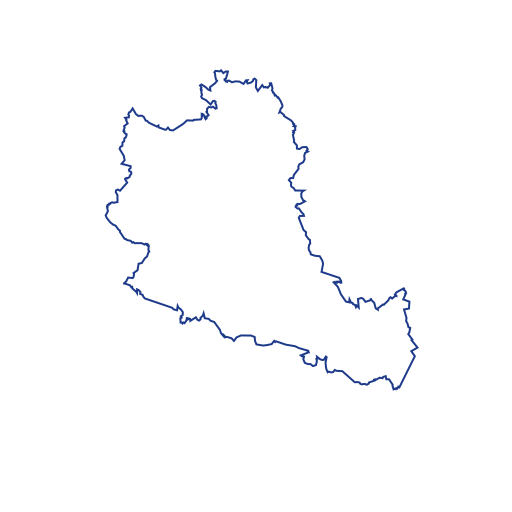 Lagos de Moreno, Jalisco, Mexico, rotated 141°
{"feature_id": "50627088B99868081318499", "entity_name": "Lagos de Moreno", "entity_type": "district", "adm_level": 2, "iso_a3": "MEX", "parent_name": "Mexico", "parent_adm1": "Jalisco", "projection": "equal_earth", "projection_center": [-101.918, 21.533], "detail": "fine", "context": "isolated", "style": "outline", "palette": "blue", "viewbox_px": 512, "rotation_deg": 141, "n_neighbors": 0, "source": "geoboundaries", "source_scale": "gbopen_adm2", "svg_char_len": 6131}
<svg xmlns="http://www.w3.org/2000/svg" viewBox="0 0 512 512"><g transform="rotate(141 256 256)"><path d="M161.5,137.9L169.9,139.4L172.3,138.6L171.8,136.9L172.1,136.5L172.8,137.3L177.0,137.3L177.4,139.3L178.6,139.4L181.3,138.2L187.4,137.7L187.8,138.4L194.4,138.6L195.1,137.6L195.9,140.0L193.6,145.2L194.0,149.1L193.5,150.9L194.6,149.5L199.8,151.5L199.6,155.3L200.4,157.0L203.8,158.4L208.6,151.3L208.9,154.1L210.5,153.4L209.8,155.6L210.9,157.5L210.5,158.8L211.5,159.8L210.6,163.5L212.8,161.4L214.8,164.0L214.1,172.7L211.8,180.5L212.2,186.7L211.0,186.3L210.9,185.0L209.8,185.0L209.7,184.2L208.6,184.0L208.6,184.6L207.4,183.7L207.2,182.0L206.5,181.6L205.4,183.5L205.0,186.6L215.1,202.4L208.8,207.7L207.4,210.6L206.6,215.7L209.9,218.9L212.4,222.8L211.5,224.4L211.1,227.4L210.0,229.2L207.7,231.2L206.1,231.5L204.0,234.5L204.5,236.4L204.2,240.8L202.1,243.1L202.7,246.3L198.7,258.8L196.7,259.5L193.5,257.0L192.8,258.6L193.1,261.3L192.7,265.9L193.9,266.8L194.3,269.4L192.8,270.1L192.2,269.5L191.9,270.4L190.9,270.4L189.1,268.7L183.5,267.7L184.3,269.9L183.6,273.3L181.6,276.0L179.2,277.0L177.8,276.8L184.3,282.2L184.0,285.0L184.8,287.6L184.4,288.9L182.5,290.8L182.7,294.3L180.2,294.9L178.1,293.2L175.5,295.2L168.2,296.9L166.8,298.9L164.7,300.0L160.3,299.2L157.3,300.6L155.5,303.5L153.1,305.2L149.9,304.5L150.5,306.0L148.5,306.5L148.3,309.0L151.5,311.4L154.9,311.8L156.6,313.7L154.6,316.3L154.8,320.8L153.8,321.6L151.0,327.0L149.3,327.6L149.3,328.6L148.4,328.5L148.4,329.8L146.2,329.2L144.7,331.3L143.6,331.8L145.0,333.2L143.8,333.5L143.3,334.4L144.1,335.1L143.3,336.6L143.5,339.4L146.1,347.0L145.5,347.8L146.4,352.5L147.5,352.8L144.1,354.9L141.8,355.3L140.6,356.5L139.4,360.8L138.9,365.3L139.5,365.4L139.5,368.8L140.4,369.0L139.5,371.4L140.0,372.3L139.4,373.2L139.4,374.6L137.6,376.0L135.5,380.7L136.6,381.5L137.4,380.0L140.9,379.4L140.9,380.0L142.3,380.8L142.4,381.6L143.8,382.1L143.6,384.9L150.7,383.1L150.0,387.1L145.1,392.5L145.4,394.7L146.8,395.0L148.4,393.9L151.0,394.0L154.0,395.4L153.5,397.3L151.9,397.9L153.2,398.8L157.4,397.6L159.1,401.9L162.0,404.6L165.4,406.2L166.5,409.3L167.6,409.9L168.8,409.4L169.6,410.6L169.2,411.1L169.7,412.5L169.2,413.2L167.8,412.7L161.7,417.0L162.0,417.4L163.6,418.5L166.3,418.7L166.3,422.3L168.0,422.3L170.9,425.3L171.7,425.3L172.8,424.9L172.8,423.9L174.9,420.7L176.1,418.1L176.0,416.6L179.3,416.0L185.5,416.2L187.3,413.3L188.4,415.4L188.9,419.0L190.4,423.6L192.2,423.8L192.4,421.3L193.8,420.7L194.4,419.6L193.8,419.3L195.8,417.1L196.5,415.2L198.2,414.5L198.7,412.8L196.8,408.6L195.9,402.3L192.0,403.5L190.8,402.9L190.3,401.3L191.5,400.3L191.9,398.3L193.6,395.6L194.8,396.0L195.5,399.2L197.3,399.6L198.7,401.5L201.4,401.2L203.3,398.8L203.9,399.0L204.2,395.3L207.8,395.1L207.5,393.4L208.3,394.4L209.0,394.2L208.8,395.6L206.5,395.6L208.4,396.6L207.7,398.9L208.2,400.0L209.4,399.1L209.4,399.8L211.3,397.4L212.8,396.8L218.8,401.0L219.7,400.8L224.2,404.8L229.7,404.5L241.4,405.8L243.6,408.0L243.6,411.2L247.2,410.7L246.9,410.9L250.7,417.2L249.7,418.8L251.6,419.0L255.4,427.1L255.6,429.6L256.5,430.6L255.7,434.7L256.4,436.9L259.3,438.9L260.0,441.9L259.0,448.3L263.0,447.1L264.4,447.5L266.1,446.4L266.2,445.2L267.6,443.8L270.8,445.8L271.0,443.2L271.7,442.9L272.3,439.8L276.8,439.9L277.3,438.4L279.7,437.0L279.7,436.1L280.5,436.2L280.6,433.3L279.9,432.2L280.6,431.3L282.7,430.1L284.1,430.3L286.4,428.1L288.2,428.3L290.6,425.7L292.6,426.2L294.6,425.1L295.7,417.1L297.8,413.1L302.4,412.2L296.9,404.7L297.9,403.4L300.4,403.1L301.1,401.5L300.2,400.2L300.3,399.4L301.5,398.2L303.3,398.0L304.4,397.0L307.2,397.3L307.3,398.0L308.8,398.5L309.5,398.0L309.9,394.1L320.6,392.3L321.5,394.6L323.5,395.1L324.8,393.9L325.3,390.6L329.7,385.1L333.2,387.0L333.9,388.2L335.7,388.8L336.4,388.3L337.5,389.1L338.2,388.4L339.3,389.1L340.7,388.2L340.5,387.5L341.1,387.5L342.9,384.0L347.2,382.2L348.0,379.7L348.1,373.9L347.2,370.0L346.0,367.9L346.3,363.3L345.8,361.3L346.6,360.4L347.3,352.1L346.4,351.0L346.3,349.7L343.8,346.6L343.8,344.2L342.6,344.0L342.2,342.3L336.9,338.1L335.4,335.1L334.2,335.0L333.9,333.3L333.4,334.2L332.8,333.7L332.8,331.4L335.6,328.8L336.2,326.6L336.9,326.8L341.0,324.2L344.0,324.1L349.1,322.4L352.1,323.9L357.0,319.5L361.9,319.8L362.1,318.7L364.5,316.7L365.8,316.5L368.9,319.7L373.1,317.9L376.5,317.8L375.3,317.2L372.4,312.6L372.6,310.1L371.7,309.9L372.5,308.4L371.6,303.9L371.8,302.0L369.4,304.9L368.6,303.2L368.5,300.7L369.9,299.4L368.6,297.2L369.2,295.1L369.0,292.8L353.7,268.5L353.7,266.5L351.5,263.5L348.3,266.5L348.7,264.6L348.0,261.8L348.2,258.4L350.1,256.3L352.4,256.4L352.6,254.9L354.0,255.2L356.5,251.7L355.5,250.8L355.6,249.8L354.3,250.1L353.8,248.8L350.6,249.7L348.8,251.3L348.1,250.5L348.9,249.6L347.2,249.3L346.8,248.6L347.9,246.9L341.3,246.2L341.7,243.3L340.8,241.6L338.9,241.7L338.2,242.8L334.8,243.1L332.8,244.4L335.0,239.9L332.3,236.9L332.1,234.3L330.0,231.1L330.5,221.3L331.8,218.0L331.7,216.3L331.0,216.1L330.8,214.2L331.7,214.6L331.6,212.5L329.5,211.4L326.8,207.5L326.6,203.9L322.3,205.0L317.7,203.7L310.0,197.4L308.0,193.9L310.2,190.6L311.3,187.0L306.8,181.9L303.6,179.9L299.3,177.7L295.3,178.6L295.2,177.1L294.2,177.2L288.5,168.2L282.4,161.3L280.7,157.6L275.1,149.5L275.6,148.1L276.3,148.9L276.9,148.4L283.7,150.6L283.4,149.1L282.0,147.6L284.2,146.0L285.3,142.3L283.8,139.5L281.7,137.7L281.0,134.6L278.1,133.5L274.8,136.0L273.8,138.0L273.0,137.6L272.0,139.3L271.1,135.3L269.8,133.3L268.6,132.7L265.0,133.9L264.8,132.9L268.8,129.7L271.2,126.2L272.5,123.9L273.4,120.5L272.3,120.4L270.8,118.2L269.2,117.3L266.4,117.8L265.9,116.3L261.4,112.2L258.7,95.8L256.1,93.8L255.1,92.3L255.4,91.2L254.8,89.9L251.9,88.1L250.9,86.2L248.6,85.9L247.9,86.6L243.1,84.9L242.5,85.4L242.1,84.6L241.1,85.1L241.0,84.4L236.5,83.6L234.5,81.4L233.2,82.0L230.8,81.0L232.3,78.2L230.2,76.5L230.8,69.9L231.5,69.4L233.0,65.8L231.6,65.5L231.2,64.5L230.1,65.0L229.6,64.0L227.6,64.9L227.2,63.7L195.6,78.2L195.2,84.3L188.1,83.2L188.1,92.7L187.1,92.6L186.8,99.5L185.1,100.0L181.4,103.1L182.3,104.7L180.7,108.4L180.3,110.9L178.0,113.2L174.6,121.3L170.2,118.9L165.5,124.0L168.9,129.6L164.1,132.0L164.0,132.7L162.7,132.7L162.0,134.4L162.5,136.8L161.5,137.1L161.5,137.9Z" fill="none" stroke="#1e3a8a" stroke-width="2"/></g></svg>